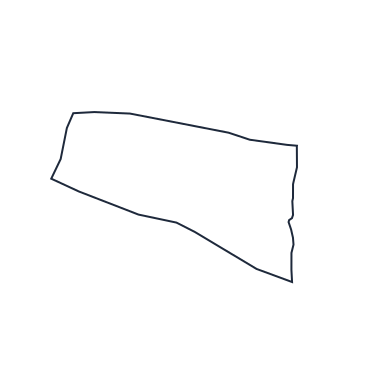 the district of Balha, Tadjourah, Djibouti, rotated 149°
{"feature_id": "41766387B97155389424645", "entity_name": "Balha", "entity_type": "district", "adm_level": 2, "iso_a3": "DJI", "parent_name": "Djibouti", "parent_adm1": "Tadjourah", "projection": "orthographic", "projection_center": [42.238, 11.898], "detail": "fine", "context": "isolated", "style": "outline", "palette": "slate", "viewbox_px": 384, "rotation_deg": 149, "n_neighbors": 0, "source": "geoboundaries", "source_scale": "gbopen_adm2", "svg_char_len": 552}
<svg xmlns="http://www.w3.org/2000/svg" viewBox="0 0 384 384"><g transform="rotate(149 192 192)"><path d="M152.6,63.3L146.8,74.2L138.1,88.6L132.1,94.6L129.0,100.8L127.6,105.1L126.4,108.7L124.7,116.5L123.2,117.9L119.8,118.1L117.2,120.3L110.7,132.5L108.6,134.7L101.4,146.6L100.1,148.0L89.3,159.1L78.7,177.0L78.2,177.6L86.2,183.4L115.5,207.0L130.1,224.0L204.8,291.2L234.5,310.8L253.2,320.7L266.3,311.3L287.6,287.9L305.8,275.9L288.7,250.7L249.5,200.2L221.1,173.8L210.1,156.2L176.3,92.8L152.6,63.3Z" fill="none" stroke="#1e293b" stroke-width="2"/></g></svg>